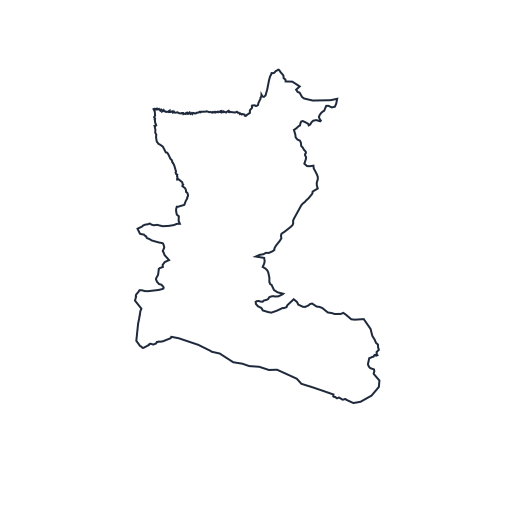 Akwapem North, Eastern, Ghana, rotated 62°
{"feature_id": "2480657B16553972090858", "entity_name": "Akwapem North", "entity_type": "district", "adm_level": 2, "iso_a3": "GHA", "parent_name": "Ghana", "parent_adm1": "Eastern", "projection": "robinson", "projection_center": [-0.184, 5.959], "detail": "fine", "context": "isolated", "style": "outline", "palette": "slate", "viewbox_px": 512, "rotation_deg": 62, "n_neighbors": 0, "source": "geoboundaries", "source_scale": "gbopen_adm2", "svg_char_len": 6099}
<svg xmlns="http://www.w3.org/2000/svg" viewBox="0 0 512 512"><g transform="rotate(62 256 256)"><path d="M423.9,205.5L415.5,207.4L415.0,207.3L413.3,205.6L411.5,205.1L408.6,207.8L406.5,208.3L404.1,208.0L399.4,204.0L399.7,202.3L399.6,200.9L400.1,199.6L399.2,198.2L399.1,197.5L399.5,197.0L400.4,196.8L400.6,195.4L399.1,195.4L397.4,194.6L396.5,191.6L393.7,191.0L391.4,189.9L389.1,190.8L385.4,190.5L381.1,190.8L374.2,189.1L362.3,190.5L358.6,198.7L356.6,201.6L350.2,204.1L347.2,205.6L347.0,208.2L344.2,213.7L341.7,216.2L339.6,219.1L333.0,221.9L330.7,223.9L329.1,226.2L324.3,228.8L323.8,230.9L324.3,233.0L324.0,236.6L322.9,238.4L318.8,241.5L315.8,241.4L311.9,243.0L314.2,251.5L315.5,253.1L315.1,255.7L314.4,257.0L314.1,263.2L313.2,269.1L311.3,271.5L307.2,275.6L304.5,275.6L301.3,277.9L298.3,278.6L296.3,277.8L296.3,276.3L297.0,274.7L298.3,273.5L299.5,271.6L299.0,270.1L299.7,267.0L299.7,265.4L298.6,263.6L298.8,261.8L299.5,259.7L300.7,258.2L302.1,255.3L302.3,250.7L302.1,249.7L298.2,254.0L294.5,256.1L288.8,255.8L287.7,256.6L285.4,256.5L281.5,254.4L276.3,252.9L273.8,252.8L271.5,253.6L268.8,255.2L266.5,252.3L264.5,250.7L261.5,249.7L256.4,256.4L256.7,252.2L257.9,248.7L257.9,245.8L259.3,243.2L259.6,239.3L259.3,237.0L257.9,236.1L256.2,233.5L254.0,228.3L252.3,225.3L249.7,224.4L248.3,223.0L248.0,219.5L246.6,211.7L245.8,209.1L244.6,207.8L242.4,206.8L241.0,205.2L232.5,192.2L231.6,189.9L231.3,187.7L230.5,185.7L229.7,182.5L227.4,177.0L225.7,175.7L225.4,169.8L222.3,169.2L219.7,167.9L217.5,165.6L215.2,164.3L212.1,163.9L205.8,163.9L203.2,162.9L202.1,166.1L200.6,168.7L197.2,170.0L194.1,166.7L192.4,165.4L190.4,165.4L189.3,165.1L188.4,163.5L187.0,163.1L184.7,163.8L182.4,163.8L180.1,164.4L176.7,163.1L174.7,163.1L172.7,164.7L169.9,165.3L167.3,164.3L162.5,163.3L162.2,160.4L161.4,157.5L161.4,155.9L159.4,154.2L158.5,152.9L158.8,151.3L161.4,149.4L164.0,147.8L165.4,148.1L165.4,146.5L164.0,144.2L163.4,142.0L164.3,139.0L167.2,136.1L166.9,135.2L164.6,135.5L162.6,135.1L161.2,133.2L160.3,131.3L159.8,129.3L159.8,127.7L156.4,123.5L157.5,121.5L160.4,119.3L161.2,116.3L159.3,113.8L155.3,110.5L153.5,116.9L145.4,132.9L139.5,139.6L137.3,140.7L132.2,140.8L130.8,142.2L128.0,142.5L126.8,137.8L119.1,142.1L115.8,147.9L114.0,147.2L112.0,148.1L109.5,147.1L108.7,147.2L105.3,148.0L103.0,148.2L102.3,148.4L101.9,149.0L102.1,149.8L102.0,151.9L102.6,153.2L102.8,154.6L101.8,156.4L103.2,157.8L103.8,159.0L106.7,161.8L114.1,167.8L118.7,172.2L119.2,174.2L118.9,174.7L118.1,175.4L116.0,175.4L117.8,176.5L118.2,177.6L119.1,178.0L122.0,182.0L123.6,183.3L123.8,184.7L123.6,185.4L123.2,186.0L122.4,186.3L121.3,188.7L121.5,189.2L123.3,189.9L124.4,192.8L124.8,193.2L126.8,194.2L127.1,197.7L127.5,198.6L127.3,199.8L126.8,200.0L125.8,199.7L124.3,201.3L124.4,202.1L122.9,202.8L123.1,203.6L121.4,203.9L120.9,204.9L119.7,205.1L119.5,207.1L116.7,211.2L116.1,211.5L116.4,212.2L116.1,212.4L115.4,211.9L114.9,212.0L115.0,214.2L115.3,215.0L113.3,216.6L113.8,216.8L113.6,217.5L113.1,217.8L113.1,219.0L112.7,219.1L111.6,218.6L111.4,219.3L112.2,220.0L110.6,221.9L110.6,222.4L110.9,222.5L109.9,223.8L110.3,223.9L110.2,224.8L109.1,225.6L109.1,226.8L108.5,226.8L108.3,227.9L107.3,228.8L107.1,229.7L105.0,231.7L104.9,232.7L103.0,236.5L103.2,237.4L102.9,237.8L102.5,237.5L102.2,238.0L102.3,239.5L101.6,241.3L101.9,241.7L101.5,243.1L100.4,243.9L100.3,244.4L100.8,245.6L100.4,245.7L100.0,245.3L99.6,245.4L99.8,247.2L98.1,247.2L98.7,249.3L98.5,249.5L97.8,249.3L97.7,250.1L97.0,249.8L96.9,250.5L97.5,251.5L96.9,252.0L96.6,253.6L95.5,253.3L94.9,254.4L95.0,255.3L93.4,257.3L92.3,257.8L91.5,260.2L90.9,260.6L90.0,260.7L90.5,261.4L90.4,262.1L88.9,262.1L88.8,263.9L88.0,264.5L87.1,264.0L87.1,264.6L88.1,265.2L88.0,265.5L87.3,265.9L86.6,267.8L85.9,267.9L85.2,269.0L84.0,269.0L84.3,269.5L84.3,270.5L83.9,270.1L82.3,270.9L82.5,271.6L83.0,271.4L83.0,272.2L82.1,272.3L81.7,272.0L81.4,272.5L80.6,272.6L80.6,273.8L80.2,274.0L80.0,274.7L79.6,274.2L79.3,274.2L79.1,275.7L78.3,276.6L78.2,277.5L81.0,277.6L84.7,279.2L85.6,280.8L87.5,280.6L88.0,281.5L88.7,281.5L90.7,282.4L93.6,282.7L93.6,283.4L93.9,283.6L93.5,284.5L97.1,285.5L99.9,287.1L102.1,287.1L104.2,288.5L108.4,289.9L111.3,289.4L112.7,288.4L115.7,286.9L122.2,287.0L123.1,285.9L124.4,285.7L130.5,285.9L131.3,285.4L133.1,285.5L133.8,285.9L134.6,285.6L135.2,285.8L135.6,285.6L137.8,285.7L144.0,287.0L144.5,287.8L146.2,288.0L147.2,287.3L148.4,288.3L149.5,288.3L151.1,289.6L151.6,289.7L151.8,288.4L156.3,286.5L158.3,287.1L158.7,286.8L159.7,288.2L162.8,286.8L164.9,286.9L166.5,287.7L167.9,287.0L170.3,287.4L171.2,288.0L171.9,289.2L172.9,289.7L174.3,292.0L177.2,295.3L175.9,301.8L175.3,302.8L177.1,304.5L178.9,305.5L182.3,306.5L184.7,305.5L188.6,307.8L191.8,308.1L190.5,310.6L190.1,314.1L188.5,318.8L185.9,324.4L182.0,328.8L180.9,331.8L179.3,333.5L177.5,334.5L177.2,336.6L176.2,339.5L176.1,341.4L176.5,342.8L176.3,347.8L181.8,348.0L182.7,347.2L184.5,344.9L186.0,344.5L187.2,343.7L188.2,344.0L189.1,343.8L191.3,341.9L193.2,340.9L198.2,335.7L200.7,332.6L201.6,332.2L205.0,332.8L206.0,333.6L207.6,335.7L208.2,336.1L209.4,335.9L212.3,336.3L218.8,334.7L218.5,339.4L220.0,342.6L222.0,343.4L221.5,346.3L221.7,347.8L226.1,350.9L227.0,351.8L228.5,354.2L229.3,355.1L229.8,355.3L232.3,355.5L235.2,354.8L236.9,353.0L239.6,352.3L240.6,352.4L241.3,353.1L241.1,354.7L240.2,358.1L236.4,367.8L234.9,370.5L232.8,372.7L231.5,375.0L232.4,376.4L233.8,380.0L235.0,381.0L235.5,380.9L238.6,383.8L248.7,381.9L250.5,384.1L252.4,385.4L252.8,385.9L253.9,386.4L254.6,387.3L255.9,388.1L260.3,391.8L274.7,401.5L281.0,400.6L282.4,399.7L283.7,399.4L284.3,398.5L284.3,392.4L283.9,392.2L283.8,390.5L286.0,388.2L286.3,385.1L285.4,384.1L285.4,383.6L285.9,382.9L285.9,381.9L286.6,381.1L287.6,378.4L288.5,370.0L287.6,368.7L292.3,362.9L307.3,348.7L318.3,340.8L319.7,340.1L325.1,333.8L339.1,326.0L344.7,318.6L350.0,313.7L355.3,305.2L362.7,298.1L366.3,290.8L383.5,277.6L390.2,275.9L398.9,267.3L414.7,252.6L416.2,253.7L417.0,253.3L417.8,252.1L419.4,251.6L419.8,250.9L419.8,249.5L420.1,249.0L423.4,247.1L423.9,246.0L424.0,244.6L424.5,244.0L425.3,243.8L431.5,239.1L433.8,232.1L433.5,219.5L429.3,209.0L423.9,205.5Z" fill="none" stroke="#1e293b" stroke-width="2"/></g></svg>